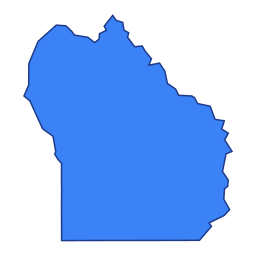 Livingston, Louisiana, United States of America, rotated 180°
{"feature_id": "52423323B76509893462522", "entity_name": "Livingston", "entity_type": "district", "adm_level": 2, "iso_a3": "USA", "parent_name": "United States of America", "parent_adm1": "Louisiana", "projection": "robinson", "projection_center": [-90.749, 30.413], "detail": "fine", "context": "isolated", "style": "filled", "palette": "blue", "viewbox_px": 256, "rotation_deg": 180, "n_neighbors": 0, "source": "geoboundaries", "source_scale": "gbopen_adm2", "svg_char_len": 927}
<svg xmlns="http://www.w3.org/2000/svg" viewBox="0 0 256 256"><g transform="rotate(180 128 128)"><path d="M194.4,15.4L167.3,15.5L79.8,15.6L56.5,15.7L44.5,29.7L47.0,33.0L31.8,40.6L26.4,46.4L32.2,56.8L31.5,67.1L28.3,69.7L27.8,76.0L33.5,84.5L30.0,102.1L24.0,104.6L31.3,116.1L27.7,122.8L34.3,127.0L31.7,135.2L41.0,136.6L45.8,149.8L58.3,152.4L61.7,158.7L62.5,158.7L64.1,160.0L77.4,160.7L80.4,166.9L88.6,172.6L91.2,184.9L96.5,192.9L107.1,190.8L104.6,197.2L111.1,205.2L113.8,210.0L121.4,209.3L128.5,218.8L127.3,223.2L132.0,225.8L133.3,233.6L139.8,235.6L143.3,240.6L151.8,229.8L149.6,225.7L156.5,222.3L157.0,216.7L161.5,213.5L168.1,218.7L181.5,220.9L184.5,224.9L190.2,230.2L199.7,230.9L217.9,214.6L227.2,192.3L227.3,171.1L232.0,160.0L226.1,155.1L213.4,127.2L203.0,119.7L200.2,104.1L201.3,101.9L198.0,96.5L194.5,92.7L194.5,74.1L194.4,65.6L194.5,50.0L194.4,18.6L194.4,15.4Z" fill="#3b82f6" stroke="#1e3a8a" stroke-width="1.5"/></g></svg>